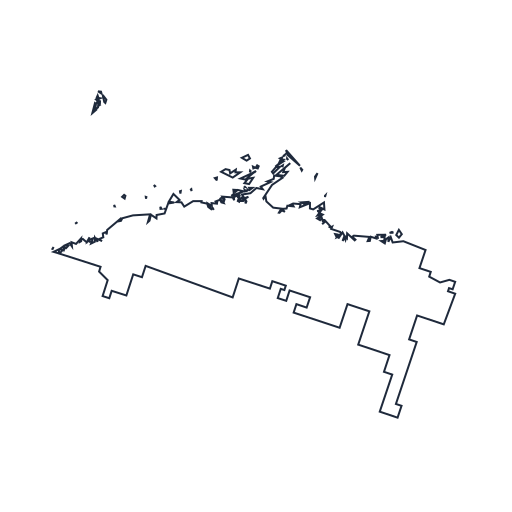 Karratha, Western Australia, Australia (orthographic projection), rotated 18°
{"feature_id": "25037944B65347816419811", "entity_name": "Karratha", "entity_type": "district", "adm_level": 2, "iso_a3": "AUS", "parent_name": "Australia", "parent_adm1": "Western Australia", "projection": "orthographic", "projection_center": [116.53, -21.039], "detail": "fine", "context": "isolated", "style": "outline", "palette": "slate", "viewbox_px": 512, "rotation_deg": 18, "n_neighbors": 0, "source": "geoboundaries", "source_scale": "gbopen_adm2", "svg_char_len": 6105}
<svg xmlns="http://www.w3.org/2000/svg" viewBox="0 0 512 512"><g transform="rotate(18 256 256)"><path d="M434.8,353.5L435.4,288.1L427.4,288.0L427.6,262.8L455.7,263.0L457.1,230.3L449.5,230.2L449.5,226.9L453.3,226.9L453.4,219.0L447.3,218.9L439.2,224.3L427.1,222.1L427.1,217.1L415.2,217.0L415.4,197.9L391.6,196.4L381.8,200.9L378.3,196.4L377.5,201.6L376.3,197.3L374.4,199.9L374.6,204.2L370.5,203.1L373.2,202.0L372.5,198.2L368.7,199.6L373.1,195.6L364.8,198.4L366.1,200.8L364.0,200.7L364.3,201.7L365.5,201.6L365.5,202.2L359.2,202.2L359.6,206.5L357.6,207.3L358.0,202.8L342.8,206.4L341.6,207.9L345.5,209.7L345.0,210.6L335.7,206.3L337.0,211.0L334.7,209.8L334.3,211.1L336.0,210.8L336.1,212.8L334.9,211.2L333.7,214.9L333.9,209.5L331.0,206.8L328.9,214.0L328.9,211.5L327.1,213.2L327.5,210.7L326.3,212.6L324.5,210.7L327.3,210.3L328.5,210.9L330.1,208.3L328.6,207.1L319.1,207.0L319.3,204.6L318.2,205.7L316.1,205.9L318.2,205.2L310.1,200.6L308.4,201.0L311.0,202.2L309.1,205.3L310.7,202.4L308.8,202.3L305.9,198.2L304.5,201.0L306.7,202.3L302.5,201.4L306.7,196.0L303.0,195.6L304.3,197.0L301.9,198.5L303.9,192.5L302.7,193.6L300.3,194.5L303.9,191.7L301.5,190.9L301.6,189.9L306.7,190.6L304.1,184.1L296.0,194.0L292.6,194.1L291.0,189.1L282.6,196.1L282.4,192.9L275.1,194.6L273.2,196.4L275.3,196.2L276.4,197.2L270.3,198.5L270.4,201.4L265.9,203.3L269.8,205.1L266.0,204.4L266.6,206.1L266.1,205.3L265.0,207.6L264.4,207.7L265.5,203.1L257.4,204.7L249.0,200.9L246.4,195.9L245.5,199.2L245.0,198.7L249.3,183.4L257.1,173.4L254.4,172.7L248.4,173.9L249.0,177.2L243.8,181.5L247.0,181.2L239.1,188.5L241.8,190.4L235.4,191.2L231.3,198.0L223.6,201.9L227.2,204.6L230.5,202.0L227.1,205.6L228.2,205.4L230.0,207.0L229.9,209.2L228.1,205.5L227.2,205.9L223.5,204.6L226.7,206.2L226.7,207.7L224.2,208.5L223.1,205.2L223.2,209.6L221.7,209.3L221.8,202.8L220.8,206.5L220.7,203.5L217.3,206.3L216.0,206.6L216.7,206.7L218.0,209.7L215.8,207.5L205.8,209.9L208.6,211.7L208.6,213.6L205.9,210.4L204.3,212.5L204.9,213.4L205.8,213.6L207.1,214.9L207.8,214.6L208.9,215.6L206.5,215.7L204.4,213.6L200.7,216.6L201.8,217.4L202.0,216.7L202.4,216.8L202.7,218.3L197.4,219.4L198.5,222.0L193.8,220.9L195.4,223.4L196.0,223.3L197.2,223.5L199.0,225.1L199.4,224.1L200.1,223.8L201.6,225.2L200.1,224.0L199.0,225.3L195.4,224.1L193.4,221.3L187.5,221.9L187.3,220.6L179.3,223.2L172.5,231.2L168.5,228.0L163.8,229.3L166.0,226.3L158.3,222.5L156.3,231.2L161.7,230.4L156.2,233.2L155.9,243.8L148.8,247.7L149.7,251.0L143.3,249.2L143.8,255.3L142.7,257.2L142.4,249.1L126.4,255.4L117.2,261.4L116.7,264.3L114.9,265.3L116.3,261.3L106.4,277.2L107.3,281.6L105.8,279.7L103.3,281.9L105.0,285.4L101.3,288.6L105.0,289.4L99.7,288.8L100.9,291.5L97.2,288.4L98.3,292.2L95.3,295.1L95.5,289.6L92.7,291.9L94.0,294.6L92.8,292.5L91.4,294.4L91.9,289.6L90.8,295.3L86.0,293.3L84.6,294.9L85.1,296.0L84.3,296.9L84.0,293.7L81.1,300.1L76.3,299.9L78.0,303.8L74.8,301.4L71.5,304.4L74.3,304.3L73.0,307.1L70.1,306.1L71.7,307.7L71.5,309.4L69.5,306.8L67.1,310.1L70.2,310.2L68.4,314.5L111.5,314.3L111.6,319.3L122.4,324.8L122.5,341.5L129.5,341.5L129.5,333.7L144.9,333.6L144.9,311.4L154.1,311.4L154.1,299.5L246.6,302.6L246.6,282.7L279.3,282.7L279.3,274.9L293.5,275.0L293.5,279.6L289.7,279.6L289.7,289.3L298.6,289.3L298.6,278.4L320.2,278.5L320.1,289.4L309.3,289.3L309.3,298.2L357.7,298.4L357.9,273.5L380.9,273.6L380.6,308.7L413.6,309.0L413.5,326.6L422.2,326.7L421.8,365.8L440.6,366.0L440.7,353.5L434.8,353.5ZM259.9,157.1L250.4,172.5L258.1,171.0L260.0,166.2L256.0,167.8L256.3,163.1L259.9,157.1ZM209.6,188.6L215.2,181.3L210.6,182.8L210.1,180.1L205.9,185.4L204.2,182.4L200.2,182.8L196.8,186.7L209.6,188.6ZM216.7,199.3L214.0,200.0L215.8,203.8L213.9,206.4L224.4,198.3L218.2,198.8L216.2,202.1L216.7,199.3ZM228.4,176.8L217.3,187.1L222.3,186.6L228.4,176.8ZM254.5,150.0L269.9,156.6L251.9,146.0L254.5,150.0ZM382.9,192.7L386.3,194.4L387.9,190.2L383.8,187.0L382.9,192.7ZM220.1,165.1L217.2,162.3L212.2,167.0L217.6,168.2L220.1,165.1ZM56.8,160.9L55.6,160.4L56.2,170.7L59.3,165.6L57.1,167.4L56.3,167.1L56.9,161.3L57.8,166.6L59.8,163.5L58.0,155.9L56.8,160.9ZM229.2,182.5L224.5,184.9L222.5,190.3L227.2,189.7L229.2,182.5ZM245.1,171.0L246.8,172.2L251.2,163.8L247.5,165.2L245.1,171.0ZM251.5,157.6L246.8,165.0L252.9,157.5L251.5,157.6ZM68.0,314.5L66.4,310.6L62.2,314.6L65.6,314.5L68.0,314.5ZM60.4,150.2L64.1,156.4L65.4,157.0L65.4,153.6L60.4,150.2ZM285.6,191.5L290.2,187.9L282.5,191.0L285.6,191.5ZM288.9,158.2L287.6,162.3L288.3,163.9L288.9,158.2ZM110.4,241.1L113.3,242.0L113.2,239.1L111.7,238.6L110.4,241.1ZM249.7,155.9L249.2,160.0L252.3,155.9L250.2,156.3L249.7,155.9ZM228.4,193.3L229.6,195.0L231.6,192.3L228.4,193.3ZM228.4,172.3L230.6,172.2L230.8,169.8L229.1,169.4L228.4,172.3ZM151.6,240.3L149.8,238.8L150.6,240.7L151.6,240.3ZM192.8,194.6L194.8,195.8L195.1,195.6L194.6,193.4L192.8,194.6ZM57.8,147.6L54.9,148.2L58.9,149.3L57.8,147.6ZM273.3,159.7L270.8,158.2L273.1,160.6L273.3,159.7ZM59.1,154.1L56.2,154.5L55.5,156.3L56.8,156.1L59.1,154.1ZM225.5,171.9L226.4,173.5L227.9,172.2L225.5,171.9ZM224.0,176.6L224.3,178.3L224.6,176.9L224.0,176.6ZM163.7,217.9L164.8,220.0L164.4,217.4L163.7,217.9ZM250.3,156.0L250.4,154.2L248.7,155.7L250.3,156.0ZM153.9,238.6L154.6,240.2L154.4,239.4L153.9,238.6ZM106.4,252.5L105.3,251.2L106.0,252.6L106.4,252.5ZM57.0,153.9L55.8,152.3L55.6,154.0L57.0,153.9ZM224.8,196.6L225.7,197.9L226.4,197.2L224.8,196.6ZM173.5,212.8L174.7,214.1L173.8,212.4L173.5,212.8ZM59.6,156.2L59.5,159.6L60.4,159.1L59.6,156.2ZM375.9,192.7L378.7,191.7L378.6,191.2L377.9,191.1L375.9,192.7ZM133.7,235.5L133.5,233.8L132.9,233.8L133.7,235.5ZM60.7,160.7L59.5,160.2L60.3,161.2L60.7,160.7ZM303.0,177.4L303.4,178.6L303.3,176.8L303.0,177.4ZM60.7,310.0L60.2,312.1L60.4,312.1L60.7,310.0ZM227.3,195.5L227.6,196.4L228.0,195.9L227.3,195.5ZM250.9,152.7L252.2,151.6L252.2,150.7L250.9,152.7ZM252.6,162.6L253.6,162.5L253.5,161.5L252.6,162.6ZM255.5,154.0L257.0,154.7L255.4,153.6L255.5,154.0ZM56.5,157.0L57.5,157.4L56.9,156.3L56.5,157.0ZM228.9,176.6L229.7,175.1L228.4,176.5L228.9,176.6ZM74.0,281.2L75.3,279.8L75.5,279.1L74.0,281.2ZM137.0,220.0L138.2,221.1L138.5,220.7L137.0,220.0ZM223.2,193.2L224.1,193.9L224.4,193.8L223.2,193.2Z" fill="none" stroke="#1e293b" stroke-width="2"/></g></svg>